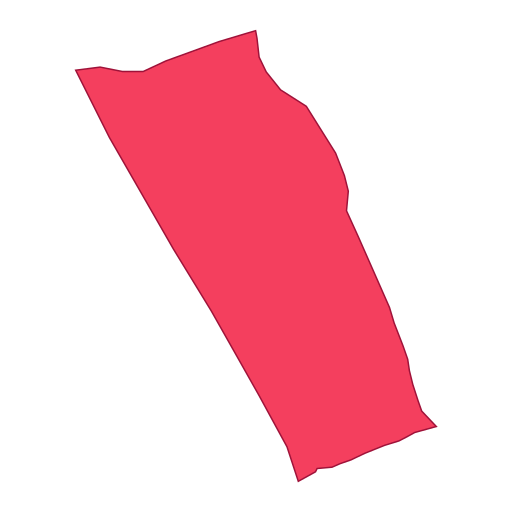 the district of Potufale, Tuvalu
{"feature_id": "33948139B14408350290705", "entity_name": "Potufale", "entity_type": "district", "adm_level": 2, "iso_a3": "TUV", "parent_name": "Tuvalu", "parent_adm1": "", "projection": "robinson", "projection_center": [178.678, -7.484], "detail": "fine", "context": "isolated", "style": "filled", "palette": "rose", "viewbox_px": 512, "rotation_deg": 0, "n_neighbors": 0, "source": "geoboundaries", "source_scale": "gbopen_adm2", "svg_char_len": 695}
<svg xmlns="http://www.w3.org/2000/svg" viewBox="0 0 512 512"><path d="M436.3,426.5L421.7,411.1L417.9,400.3L412.8,384.5L409.4,370.7L407.7,359.3L403.1,346.1L394.1,322.9L389.5,307.5L372.7,269.4L358.5,237.2L346.5,210.8L348.3,191.2L344.4,175.6L335.6,153.1L306.3,106.3L280.6,89.9L266.2,71.9L259.1,57.1L257.0,38.3L255.6,30.7L246.4,33.4L219.0,41.6L165.7,61.0L143.2,71.5L122.4,71.5L100.1,67.1L75.7,70.2L109.4,137.5L173.5,249.2L211.2,310.8L242.8,366.7L259.1,395.6L287.0,446.8L298.3,481.3L315.5,471.8L317.1,468.5L332.0,467.2L340.0,463.7L351.2,459.8L355.5,457.7L364.8,453.3L375.2,449.1L384.7,445.3L399.0,440.9L407.8,436.3L414.7,432.5L436.3,426.5Z" fill="#f43f5e" stroke="#9f1239" stroke-width="1.5"/></svg>